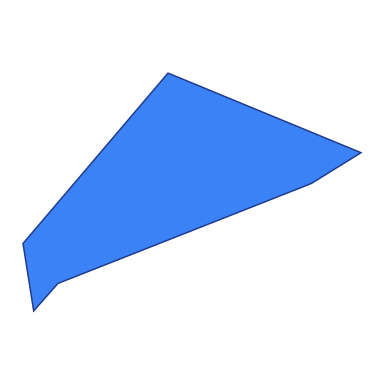 the border of Razkrižje
{"feature_id": "SVN-269", "entity_name": "Razkrižje", "entity_type": "Municipality", "adm_level": 1, "iso_a3": "SVN", "parent_name": "Slovenia", "parent_adm1": "", "projection": "albers", "projection_center": [16.278, 46.524], "detail": "fine", "context": "isolated", "style": "filled", "palette": "blue", "viewbox_px": 384, "rotation_deg": 0, "n_neighbors": 0, "source": "natural_earth", "source_scale": "10m", "svg_char_len": 223}
<svg xmlns="http://www.w3.org/2000/svg" viewBox="0 0 384 384"><path d="M361.0,152.7L311.3,183.5L58.0,283.4L33.7,310.9L32.6,304.0L23.0,243.5L168.0,73.1L361.0,152.7Z" fill="#3b82f6" stroke="#1e3a8a" stroke-width="1.5"/></svg>